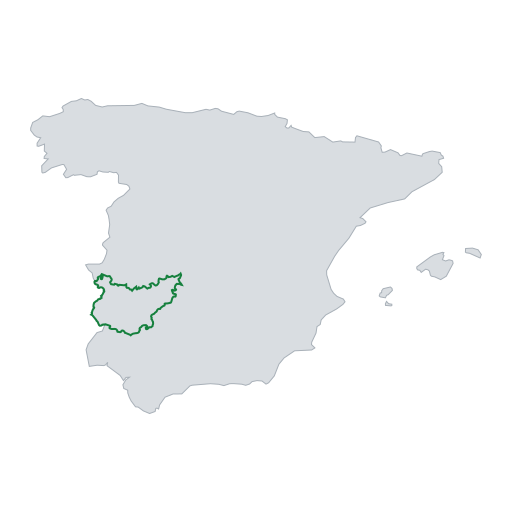 where Badajoz sits in Spain
{"feature_id": "ESP-5807", "entity_name": "Badajoz", "entity_type": "Autonomous Community", "adm_level": 1, "iso_a3": "ESP", "parent_name": "Spain", "parent_adm1": "", "projection": "robinson", "projection_center": [-5.947, 38.694], "detail": "fine", "context": "in_parent", "style": "outline", "palette": "green", "viewbox_px": 512, "rotation_deg": 0, "n_neighbors": 0, "source": "natural_earth", "source_scale": "10m", "svg_char_len": 9277}
<svg xmlns="http://www.w3.org/2000/svg" viewBox="0 0 512 512"><path d="M274.7,113.0L274.7,114.4L277.4,117.1L285.3,118.7L287.4,119.8L287.0,123.5L285.2,126.6L286.9,128.0L288.8,128.0L291.1,125.4L291.6,127.1L295.3,128.6L303.2,131.5L308.9,131.9L314.8,137.6L324.2,136.6L332.8,142.1L340.8,140.9L342.6,141.9L355.0,142.1L355.5,137.6L356.9,135.8L378.6,142.0L381.3,145.9L380.9,147.8L382.2,152.3L385.0,152.1L390.5,149.6L398.0,152.8L400.0,155.5L401.5,155.7L406.9,153.0L421.9,156.2L422.5,154.1L423.5,153.5L429.6,151.5L432.2,151.1L440.2,152.6L441.3,155.1L442.9,156.1L443.6,158.3L439.0,159.6L438.7,163.4L441.7,166.7L442.2,172.3L434.5,179.5L412.0,191.7L404.7,198.9L387.8,202.6L370.2,208.0L360.0,217.7L362.7,218.5L366.0,221.8L365.0,223.3L360.4,225.5L356.3,226.2L348.9,238.2L338.6,250.5L334.7,256.2L326.6,270.7L326.7,274.9L331.1,289.4L333.6,293.2L337.0,296.4L343.4,299.1L345.0,301.8L342.9,304.4L336.7,308.9L325.7,315.0L321.2,319.9L320.2,324.5L317.0,326.6L316.0,333.1L311.7,342.2L311.5,344.6L314.9,347.9L311.6,350.0L294.6,350.8L284.1,357.9L278.9,364.2L274.3,375.9L268.6,382.8L266.0,384.1L262.0,381.0L257.0,380.6L252.1,381.6L249.6,384.0L245.7,385.3L241.8,384.2L233.4,383.6L229.7,383.7L223.9,385.6L218.9,384.3L210.4,383.7L192.2,385.2L189.9,385.9L181.8,393.9L173.0,394.0L165.0,397.2L159.6,404.9L158.6,409.0L157.0,408.1L155.8,408.4L155.1,411.5L149.6,413.5L143.4,410.9L138.2,407.1L135.5,406.8L131.1,400.9L129.2,397.1L127.8,393.0L127.7,390.2L123.8,388.5L122.9,384.8L125.8,379.9L129.5,377.2L126.0,377.4L123.5,380.6L120.2,375.5L107.0,365.7L107.7,362.3L105.5,364.9L103.9,365.6L97.2,365.2L89.3,366.4L86.1,349.8L88.2,343.9L97.0,332.6L102.4,331.0L104.7,325.1L99.6,325.4L91.7,314.1L93.9,303.6L101.8,295.8L103.1,292.6L103.4,289.7L101.9,287.6L97.6,286.4L93.2,278.1L92.2,273.0L88.6,270.0L85.6,264.9L88.3,264.1L99.5,264.1L102.2,262.8L104.3,259.3L106.5,253.7L107.0,250.2L102.6,245.3L102.5,244.3L103.1,242.7L109.9,237.2L108.5,233.1L109.7,224.6L109.1,219.6L108.4,215.5L106.1,210.2L107.6,208.0L111.2,206.2L114.0,201.9L118.2,198.3L123.6,195.3L129.9,189.0L128.9,186.2L126.7,184.5L119.0,183.3L118.4,182.0L118.5,175.1L116.5,172.4L113.7,172.7L109.4,171.5L108.3,172.3L102.9,172.0L99.0,170.8L97.4,171.8L97.0,174.3L90.5,176.8L86.9,176.7L81.0,174.6L74.3,175.3L73.5,174.7L67.7,177.6L65.8,177.7L63.4,174.3L66.6,169.3L63.9,164.6L62.2,164.5L51.5,167.9L45.2,172.4L42.7,173.0L41.9,172.2L41.7,165.8L48.2,158.9L44.1,158.5L44.3,156.5L47.0,153.3L44.3,151.0L44.5,144.1L38.6,146.3L37.1,146.0L37.1,143.2L40.7,137.7L37.0,137.0L34.2,135.0L30.7,130.4L30.7,128.0L32.7,122.4L37.8,119.8L42.8,115.9L49.6,116.7L59.8,113.4L63.3,111.7L63.2,109.4L62.0,107.6L63.1,106.0L71.4,101.4L76.4,100.8L81.4,98.5L84.8,100.0L87.8,99.5L91.2,101.3L95.6,105.4L102.2,107.0L107.5,105.8L134.3,105.4L141.9,103.4L147.9,105.9L159.3,107.1L166.2,109.2L185.3,112.7L192.2,112.7L206.0,109.3L209.8,110.1L215.3,108.4L218.0,108.8L221.5,111.2L233.7,114.4L236.9,111.7L239.2,111.1L248.0,112.8L256.9,116.2L261.5,116.5L268.2,115.5L274.7,113.0ZM442.4,259.7L445.6,261.0L449.0,259.8L450.8,260.2L452.6,260.9L453.1,263.4L446.3,276.2L440.7,279.6L434.8,276.9L431.4,276.2L430.4,275.2L429.4,271.1L427.9,269.8L425.6,269.2L421.2,272.4L419.8,270.3L417.6,269.9L416.8,268.6L416.8,266.9L430.3,257.0L434.2,254.8L442.6,252.3L443.9,252.7L442.9,254.2L444.0,255.6L442.4,259.7ZM481.3,254.5L480.1,258.0L469.6,253.3L466.3,252.8L465.4,252.1L465.6,248.5L472.5,248.1L478.1,249.8L481.3,254.5ZM386.6,295.3L385.4,297.8L380.3,296.9L379.2,295.9L380.2,293.0L381.6,292.7L381.7,290.7L383.2,288.7L390.4,287.0L392.0,288.4L392.4,290.4L388.2,294.7L386.6,295.3ZM391.9,305.4L391.1,305.9L385.5,305.4L385.4,303.8L386.5,301.4L388.6,303.7L391.8,304.2L391.9,305.4Z" fill="#d9dde1" stroke="#a8b0b8" stroke-width="1"/><path d="M94.2,307.6L94.1,307.3L93.9,307.1L93.7,307.0L93.5,306.7L93.5,306.4L93.5,306.0L93.5,305.1L93.8,303.7L93.9,303.4L94.2,302.8L94.2,302.7L95.7,301.5L96.2,301.1L96.7,301.0L97.3,300.5L97.7,300.0L97.9,299.6L98.3,299.3L99.8,299.0L100.4,298.8L100.8,298.4L101.2,298.0L101.5,297.9L101.4,297.3L101.6,296.7L101.1,295.9L101.9,295.3L102.6,294.3L103.7,292.2L104.1,291.8L104.3,291.4L104.2,291.0L103.8,290.7L104.1,290.0L103.8,289.2L103.4,288.5L102.8,288.0L102.1,287.5L101.2,287.3L100.3,287.4L99.5,287.8L99.1,288.0L98.6,287.9L98.1,287.7L97.8,287.3L97.7,287.0L98.1,286.2L98.2,285.8L97.8,285.0L97.0,284.6L96.0,284.4L95.2,284.0L94.7,283.3L94.5,282.5L94.5,281.6L95.0,280.9L96.6,281.1L98.1,279.1L98.2,278.9L98.2,278.7L97.8,278.2L97.7,277.9L97.9,277.3L98.0,277.2L99.5,276.4L100.2,276.3L101.0,276.4L100.8,278.3L101.0,279.0L101.6,279.2L101.9,279.1L102.1,278.8L102.7,276.7L102.7,276.3L102.6,276.1L102.5,275.8L102.2,275.6L101.2,275.0L101.8,274.1L107.1,276.3L107.7,276.3L109.0,276.1L109.6,276.1L110.1,276.6L110.8,278.0L111.4,278.5L111.7,279.6L111.4,280.6L110.1,282.2L110.8,283.8L111.1,284.2L114.1,284.7L114.8,283.8L117.3,284.5L117.5,284.8L117.6,285.1L117.6,285.3L117.8,285.5L118.3,285.7L118.6,285.6L118.9,285.1L119.2,284.8L124.4,285.3L126.2,284.4L126.3,286.6L126.4,287.2L127.0,287.9L128.5,287.9L129.1,288.3L129.7,289.2L130.0,289.5L130.3,289.5L131.1,289.5L131.3,289.6L132.1,290.7L133.9,288.5L136.2,286.7L136.5,289.1L136.6,289.3L136.8,289.4L137.3,289.3L138.8,287.5L139.4,288.6L141.6,287.7L142.6,287.1L143.2,286.0L144.7,286.4L147.3,288.6L148.7,287.8L149.8,287.8L150.2,287.6L150.6,287.2L151.0,286.3L151.0,285.9L150.0,284.4L149.9,284.3L151.4,283.4L152.2,283.2L153.0,283.4L154.7,285.0L155.5,285.5L156.6,285.3L157.1,284.9L157.9,284.0L158.7,282.6L158.8,282.3L158.7,282.0L158.5,281.5L158.5,281.2L158.7,279.6L159.0,278.7L159.6,278.5L162.1,279.3L164.4,279.3L165.6,278.6L166.3,278.1L166.4,277.8L166.5,277.4L166.5,276.5L166.6,276.1L167.0,275.7L167.6,276.0L168.5,277.1L170.6,276.8L172.2,275.9L174.4,277.0L175.2,276.5L175.4,276.5L175.6,276.4L175.8,276.3L176.6,275.9L177.8,275.6L178.1,275.4L178.6,274.9L180.3,274.0L180.6,273.6L181.1,274.9L181.0,275.6L180.5,276.5L180.0,277.9L179.7,278.3L179.4,278.5L179.0,278.6L178.8,278.7L178.5,279.0L178.5,279.4L178.6,279.8L179.3,281.3L179.8,282.3L179.9,282.5L180.1,282.8L180.5,283.0L181.4,284.2L181.8,284.9L181.4,284.8L181.2,284.8L180.1,284.2L179.8,284.1L179.5,283.9L178.9,283.8L178.3,284.0L178.0,284.0L177.7,284.0L177.1,283.8L176.9,283.8L176.6,284.0L176.4,284.2L176.2,284.5L175.8,285.0L175.5,285.2L175.4,285.5L175.2,285.9L174.8,287.6L174.8,288.2L175.0,288.6L175.2,288.8L175.8,289.2L176.0,289.4L176.1,289.7L175.9,290.0L175.1,290.5L174.8,290.6L174.5,290.6L173.9,290.4L173.1,290.0L172.8,289.9L172.5,289.8L172.2,289.9L171.9,290.1L172.0,290.4L172.0,290.7L172.2,291.0L172.2,291.3L172.3,291.6L172.4,291.8L172.6,291.9L172.7,292.0L172.8,292.3L172.8,292.6L172.8,292.9L172.9,293.2L173.1,293.4L173.3,293.6L174.4,293.9L174.7,294.0L175.6,294.2L175.8,294.4L175.9,294.9L175.7,295.5L175.6,296.4L175.4,296.6L175.2,296.6L174.2,296.5L173.9,296.5L173.6,296.6L173.3,296.8L173.1,297.0L172.9,297.3L172.3,298.1L172.2,298.5L171.4,301.4L171.1,302.2L170.8,302.6L170.5,302.8L170.4,302.8L170.1,302.8L169.7,302.8L169.2,303.1L168.3,303.2L167.8,303.4L165.1,303.5L164.7,303.7L164.6,303.9L164.8,304.2L164.8,304.5L164.7,304.9L164.6,305.2L164.5,305.4L164.4,305.6L163.4,305.9L161.9,306.9L160.8,307.8L160.6,308.0L160.4,308.3L160.3,308.5L160.2,308.9L159.8,309.0L159.4,308.9L158.7,308.9L158.3,309.0L157.7,309.5L157.2,310.1L157.0,310.4L156.9,310.6L156.8,310.8L156.8,311.1L156.7,311.4L156.4,311.7L155.4,312.4L154.9,312.8L154.7,313.1L154.3,313.6L154.1,313.8L153.5,314.0L152.0,314.8L151.6,315.1L151.4,315.4L151.1,316.3L151.1,316.5L151.2,316.9L151.5,317.2L151.6,317.4L151.7,317.6L151.7,317.8L151.6,318.3L151.5,318.5L151.4,318.9L151.4,319.1L151.5,319.3L151.9,319.6L152.0,319.7L152.1,319.9L152.2,320.1L152.3,320.6L152.4,320.8L152.5,321.0L152.9,321.8L153.0,321.9L153.0,322.2L153.0,322.5L153.1,322.8L153.1,323.1L153.1,323.4L153.1,323.7L153.0,324.3L152.8,324.6L152.7,324.9L152.6,325.4L152.6,325.7L152.6,326.0L152.4,326.2L151.0,327.3L149.6,327.2L148.9,327.6L148.7,327.9L147.9,328.6L147.2,329.1L146.6,329.2L146.2,329.1L146.0,328.9L145.8,328.1L145.8,327.8L145.8,327.5L146.0,327.3L146.3,327.2L146.6,327.1L147.1,326.8L147.3,326.5L147.2,326.3L147.0,326.0L146.5,325.5L146.0,325.1L145.6,325.1L143.4,325.3L142.4,325.7L142.1,325.9L141.8,326.2L141.5,326.7L141.3,326.9L141.1,327.1L140.2,327.6L139.9,327.9L139.7,328.2L139.6,328.5L139.5,329.0L139.6,329.3L139.8,329.5L139.9,329.8L139.9,330.1L139.8,330.4L139.2,331.1L139.1,331.3L139.1,331.5L139.0,331.8L138.9,332.1L138.5,332.5L138.1,332.7L137.7,332.9L136.2,333.2L135.6,333.2L133.0,333.7L132.2,334.1L131.1,334.9L130.7,335.3L130.1,334.8L125.7,333.0L124.9,332.8L124.8,332.6L124.7,332.3L124.6,332.0L124.3,331.5L123.0,330.6L122.6,330.5L122.3,330.5L122.0,330.6L121.7,330.7L121.6,331.0L121.4,331.2L120.9,331.6L120.7,331.8L120.7,332.0L120.1,332.2L119.2,332.0L117.6,331.8L117.4,331.7L117.3,331.4L117.4,331.1L117.3,330.8L117.2,330.5L116.6,329.7L116.1,329.3L115.7,329.1L115.2,329.0L114.1,328.9L113.3,329.0L111.7,329.0L110.7,328.7L110.3,328.5L109.9,328.4L109.6,328.2L109.5,327.7L109.8,327.1L109.9,326.9L110.1,326.6L110.2,326.4L110.2,326.1L110.0,325.8L105.5,324.3L104.9,324.7L104.4,324.4L103.5,324.5L102.6,324.7L102.3,324.7L101.9,325.2L101.1,325.6L100.3,325.7L99.7,325.7L99.3,325.3L99.0,325.0L97.6,321.7L97.4,321.5L96.9,321.1L96.6,320.9L96.5,320.6L96.3,320.1L96.1,319.8L92.6,315.5L91.7,314.8L91.2,314.6L91.7,314.1L92.0,313.6L92.0,313.2L91.7,312.6L92.0,312.2L92.6,310.1L94.0,308.1L94.2,307.6Z" fill="none" stroke="#15803d" stroke-width="2"/></svg>